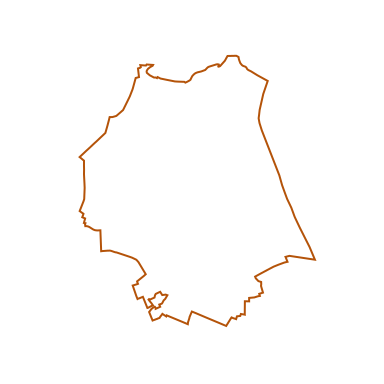 Bac Tu Liem, Ha Noi, Vietnam, rotated 68°
{"feature_id": "81297802B3906213091507", "entity_name": "Bac Tu Liem", "entity_type": "district", "adm_level": 2, "iso_a3": "VNM", "parent_name": "Vietnam", "parent_adm1": "Ha Noi", "projection": "mercator", "projection_center": [105.766, 21.071], "detail": "fine", "context": "isolated", "style": "outline", "palette": "amber", "viewbox_px": 384, "rotation_deg": 68, "n_neighbors": 0, "source": "geoboundaries", "source_scale": "gbopen_adm2", "svg_char_len": 3549}
<svg xmlns="http://www.w3.org/2000/svg" viewBox="0 0 384 384"><g transform="rotate(68 192 192)"><path d="M300.8,103.4L300.5,103.4L286.9,103.6L278.8,104.3L265.7,105.4L253.9,106.1L252.9,106.1L243.8,105.8L234.0,106.4L227.3,106.2L219.4,105.9L209.3,104.8L161.7,104.2L161.1,104.2L153.4,103.6L148.6,102.6L145.8,101.0L141.2,98.5L127.8,89.2L117.4,80.2L108.2,87.7L102.2,92.1L100.0,94.1L98.7,94.8L96.9,95.0L95.9,95.5L94.2,97.4L93.2,98.1L90.7,98.9L88.7,98.9L86.6,98.8L84.2,98.3L82.3,99.9L79.2,108.1L80.2,109.4L82.6,112.3L85.8,118.8L85.8,120.3L85.6,120.6L85.4,120.6L85.2,120.4L84.5,119.4L83.8,119.4L83.5,119.9L83.0,120.8L82.8,121.9L82.6,124.4L82.3,127.8L82.2,129.4L82.3,130.6L82.7,131.6L83.8,134.0L83.7,138.1L83.5,139.6L83.1,142.1L83.1,144.3L83.6,146.1L84.6,148.3L86.5,150.5L87.3,151.3L87.4,151.5L87.7,152.7L88.0,155.1L88.1,157.2L87.0,157.8L84.6,163.2L83.1,166.4L78.4,173.6L76.4,176.6L75.0,178.7L72.6,180.8L73.3,181.8L72.4,182.5L71.6,184.4L68.0,187.4L64.6,189.2L63.4,189.0L62.4,188.3L61.3,186.6L60.5,183.9L60.3,181.9L60.2,181.2L59.6,180.5L56.8,186.3L57.5,187.3L55.9,190.6L55.0,192.4L57.1,192.7L57.4,193.7L57.2,195.8L65.6,198.1L65.2,201.5L73.6,207.9L74.8,208.9L80.0,213.8L83.7,217.9L90.2,225.2L93.1,233.6L93.0,235.0L92.7,237.8L91.7,240.3L93.8,241.8L98.9,245.6L104.8,250.2L105.0,250.7L107.5,257.1L109.4,261.9L110.0,263.6L111.0,266.2L112.6,270.3L113.4,272.4L114.2,274.6L117.5,283.1L122.5,280.4L126.9,282.2L130.6,283.6L135.1,285.5L143.5,288.4L148.0,290.0L158.2,294.6L160.0,296.1L167.6,303.3L171.6,300.8L174.3,303.2L176.5,301.0L180.2,303.8L181.0,302.5L182.0,303.3L183.7,303.7L183.9,303.1L184.3,302.3L185.0,301.3L186.0,300.3L188.4,298.6L189.9,297.5L191.1,296.2L192.1,294.4L193.2,291.3L212.9,298.4L213.0,298.0L213.1,297.5L213.8,295.3L214.7,292.5L215.5,290.3L216.0,289.4L217.0,288.2L218.5,286.5L219.3,285.5L219.5,285.1L219.7,284.7L228.8,274.0L230.4,272.2L233.7,269.2L234.4,268.8L237.0,267.9L250.9,265.7L251.8,268.1L254.3,276.4L254.7,276.5L255.2,276.5L256.9,276.5L256.9,277.6L256.5,282.0L267.7,282.6L269.0,282.6L270.8,282.6L270.7,282.0L270.8,281.1L270.8,280.3L270.8,279.5L270.8,276.8L281.8,276.8L282.0,276.8L282.8,276.8L282.9,276.2L282.7,274.2L282.6,273.3L282.5,272.4L282.5,272.0L282.5,271.9L282.5,271.7L282.4,271.4L282.4,271.2L282.4,270.7L281.5,270.9L279.8,271.3L279.5,271.4L277.4,272.1L276.1,272.4L275.5,272.6L275.2,271.9L276.0,271.3L275.8,266.3L273.9,265.0L272.9,263.8L272.6,258.9L276.4,258.2L277.3,254.8L278.5,253.5L281.1,256.9L281.9,258.9L283.7,261.0L284.1,261.5L284.2,262.5L284.1,264.5L286.5,264.5L286.7,269.4L286.2,269.2L285.3,269.2L284.5,269.5L284.6,271.2L285.3,273.5L286.2,275.0L287.2,276.7L287.3,276.7L290.4,276.7L292.3,276.7L294.1,276.7L296.4,276.7L296.4,276.1L296.5,273.9L296.5,273.5L296.5,273.0L296.5,272.6L296.5,272.3L296.6,271.7L296.5,271.0L296.5,270.6L296.6,269.3L296.1,268.7L295.6,267.9L295.4,267.6L294.5,266.0L293.9,265.1L294.8,264.5L297.7,262.5L296.9,261.7L309.5,248.9L313.0,245.4L311.3,244.5L308.1,241.8L307.0,241.1L302.8,236.9L305.8,233.8L313.5,226.1L323.3,216.2L329.0,210.5L323.4,202.8L323.1,202.3L323.3,202.1L324.2,201.3L325.1,200.2L325.7,199.5L326.4,198.7L324.1,196.9L325.0,193.7L323.4,192.4L325.3,189.3L325.5,189.0L324.9,188.8L320.3,186.9L318.4,186.1L313.1,183.9L314.8,180.0L311.6,178.7L313.1,173.7L313.4,169.8L313.8,168.0L311.6,167.8L311.9,163.9L305.0,163.2L303.3,162.3L301.3,161.6L299.5,163.8L295.9,165.2L294.1,165.2L293.4,159.4L292.5,151.1L291.8,144.3L291.8,139.0L292.0,132.8L292.2,131.4L292.5,129.6L287.9,129.6L287.2,129.6L287.3,129.1L287.3,128.8L287.6,126.4L287.7,125.6L300.8,103.4Z" fill="none" stroke="#b45309" stroke-width="2"/></g></svg>